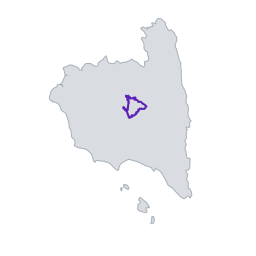 Madrid on a map of Spain (Robinson projection), rotated 76°
{"feature_id": "ESP-5833", "entity_name": "Madrid", "entity_type": "Autonomous Community", "adm_level": 1, "iso_a3": "ESP", "parent_name": "Spain", "parent_adm1": "", "projection": "robinson", "projection_center": [-3.775, 40.528], "detail": "fine", "context": "in_parent", "style": "outline", "palette": "violet", "viewbox_px": 256, "rotation_deg": 76, "n_neighbors": 0, "source": "natural_earth", "source_scale": "10m", "svg_char_len": 7206}
<svg xmlns="http://www.w3.org/2000/svg" viewBox="0 0 256 256"><g transform="rotate(76 128 128)"><path d="M136.5,65.1L136.6,65.7L137.7,66.9L141.2,67.6L142.1,68.1L141.9,69.7L141.1,71.1L141.9,71.7L142.7,71.7L143.7,70.6L143.9,71.3L145.5,72.0L149.0,73.3L151.5,73.4L154.1,75.9L158.2,75.5L162.0,77.9L165.5,77.4L166.3,77.8L171.7,77.9L172.0,75.9L172.6,75.1L182.1,77.9L183.3,79.6L183.1,80.4L183.7,82.4L184.9,82.3L187.4,81.2L190.6,82.6L191.5,83.8L192.2,83.9L194.6,82.7L201.1,84.1L201.4,83.2L201.8,82.9L204.5,82.1L205.7,81.9L209.2,82.5L209.6,83.6L210.4,84.1L210.7,85.0L208.6,85.6L208.5,87.3L209.8,88.7L210.0,91.2L206.6,94.3L196.6,99.7L193.4,102.9L185.9,104.5L178.2,106.9L173.6,111.2L174.8,111.5L176.2,113.0L175.8,113.6L173.8,114.6L172.0,114.9L168.7,120.2L164.1,125.6L162.4,128.1L158.7,134.5L158.7,136.3L160.6,142.7L161.7,144.4L163.2,145.8L166.0,147.0L166.7,148.1L165.8,149.3L163.0,151.3L158.2,154.0L156.2,156.1L155.7,158.1L154.3,159.1L153.8,161.9L151.9,165.9L151.8,167.0L153.3,168.4L151.8,169.3L144.3,169.7L139.7,172.8L137.4,175.6L135.3,180.7L132.8,183.8L131.7,184.3L129.9,183.0L127.7,182.8L125.6,183.2L124.5,184.3L122.7,184.9L121.0,184.4L117.3,184.1L115.7,184.2L113.1,185.0L110.9,184.4L107.2,184.1L99.2,184.8L98.2,185.1L94.6,188.6L90.7,188.7L87.2,190.1L84.8,193.5L84.3,195.3L83.6,194.9L83.1,195.0L82.8,196.4L80.4,197.3L77.6,196.1L75.4,194.5L74.2,194.3L72.3,191.7L71.4,190.1L70.9,188.3L70.8,187.0L69.1,186.3L68.7,184.6L70.0,182.5L71.7,181.3L70.1,181.4L69.0,182.8L67.6,180.6L61.8,176.3L62.1,174.7L61.1,175.9L60.4,176.2L57.5,176.0L54.0,176.5L52.7,169.2L53.6,166.7L57.5,161.7L59.9,161.0L60.9,158.4L58.7,158.5L55.3,153.6L56.2,148.9L59.8,145.5L60.4,144.1L60.5,142.8L59.9,141.9L57.9,141.4L56.0,137.7L55.6,135.5L54.0,134.2L52.7,131.9L53.9,131.6L58.9,131.6L60.1,131.0L61.0,129.5L62.0,127.0L62.2,125.5L60.3,123.3L60.2,122.8L60.5,122.1L63.5,119.7L63.0,117.9L63.5,114.2L63.3,112.0L63.0,110.2L62.0,107.9L62.7,106.9L64.2,106.1L65.5,104.2L67.3,102.6L69.7,101.3L72.5,98.5L72.1,97.3L71.2,96.6L67.8,96.0L67.5,95.5L67.6,92.4L66.7,91.2L65.5,91.4L63.6,90.8L63.1,91.2L60.7,91.1L59.1,90.5L58.4,91.0L58.1,92.1L55.3,93.2L53.7,93.1L51.1,92.2L48.1,92.5L47.8,92.3L45.2,93.5L44.4,93.5L43.4,92.0L44.8,89.9L43.6,87.8L42.9,87.7L38.1,89.2L35.4,91.2L34.3,91.5L33.9,91.1L33.8,88.3L36.8,85.3L35.0,85.1L35.1,84.2L36.2,82.8L35.1,81.8L35.2,78.8L32.6,79.7L31.9,79.6L31.9,78.4L33.6,76.0L31.9,75.7L30.7,74.8L29.2,72.8L29.2,71.7L30.1,69.3L32.3,68.1L34.5,66.4L37.5,66.7L42.0,65.3L43.6,64.5L43.6,63.5L43.1,62.7L43.5,62.0L47.2,60.0L49.4,59.8L51.6,58.7L53.1,59.4L54.4,59.2L55.9,60.0L57.8,61.8L60.7,62.5L63.0,61.9L74.9,61.8L78.2,60.9L80.8,62.0L85.8,62.5L88.9,63.4L97.2,65.0L100.3,65.0L106.4,63.5L108.0,63.8L110.5,63.1L111.6,63.3L113.2,64.3L118.5,65.7L119.9,64.5L121.0,64.3L124.8,65.0L128.7,66.5L130.8,66.6L133.7,66.2L136.5,65.1ZM209.7,129.6L211.1,130.2L212.6,129.7L213.4,129.8L214.2,130.1L214.4,131.3L211.3,136.9L208.9,138.4L206.3,137.2L204.8,136.9L204.3,136.4L204.0,134.6L203.3,134.1L202.3,133.8L200.3,135.2L199.7,134.3L198.8,134.1L198.4,133.5L198.4,132.8L204.4,128.5L206.1,127.5L209.8,126.4L210.4,126.5L209.9,127.2L210.4,127.8L209.7,129.6ZM226.8,127.3L226.3,128.9L221.7,126.8L220.2,126.6L219.8,126.3L220.0,124.7L223.0,124.5L225.4,125.3L226.8,127.3ZM185.0,145.3L184.5,146.4L182.3,146.0L181.8,145.5L182.2,144.3L182.9,144.1L182.9,143.3L183.5,142.4L186.7,141.6L187.4,142.2L187.6,143.1L185.7,145.0L185.0,145.3ZM187.3,149.7L187.0,149.9L184.5,149.7L184.5,149.0L184.9,148.0L185.9,149.0L187.3,149.2L187.3,149.7Z" fill="#d9dde1" stroke="#a8b0b8" stroke-width="1"/><path d="M118.3,123.0L118.2,123.0L118.2,123.4L118.2,123.5L118.3,123.6L118.4,123.8L118.5,124.0L118.4,124.2L118.2,124.4L118.0,124.5L117.7,124.6L117.0,124.7L116.9,124.4L116.6,124.3L116.0,124.5L115.2,124.9L114.6,125.0L114.4,125.0L114.2,125.0L113.9,124.8L113.4,125.0L112.0,125.0L111.8,125.1L111.7,125.3L111.5,125.5L110.9,125.6L110.7,125.7L110.6,125.8L110.3,125.9L110.1,126.0L110.1,126.3L109.9,126.5L109.6,126.6L109.3,126.7L109.1,126.8L108.9,126.8L108.7,126.9L108.5,127.0L108.4,127.2L108.1,127.4L107.8,127.6L107.7,127.7L107.5,127.8L107.3,127.7L106.8,127.4L106.6,127.3L106.6,127.2L106.9,127.0L107.8,126.7L108.0,126.7L108.3,126.4L108.6,126.2L108.9,126.0L109.5,125.4L109.7,125.2L109.8,125.2L110.0,125.1L110.2,124.8L110.3,124.8L110.4,124.4L110.4,124.1L110.4,123.9L110.2,123.8L109.5,123.5L109.2,123.5L109.0,123.4L108.8,123.4L108.4,123.4L108.2,123.4L107.8,123.0L107.7,122.9L107.4,122.9L107.2,122.9L107.0,122.7L106.9,122.6L106.2,122.4L105.7,122.2L104.9,122.0L104.7,121.9L104.5,121.7L104.4,121.5L104.3,121.4L104.2,121.4L103.9,121.2L103.6,121.3L103.3,121.5L103.0,121.4L102.8,121.4L102.4,121.0L102.3,120.9L102.2,120.8L101.7,121.0L101.3,121.0L101.1,121.2L101.0,121.3L100.9,121.4L100.8,121.6L100.7,121.7L100.5,121.9L100.4,121.9L100.2,121.7L99.8,121.5L99.7,121.4L99.6,121.2L99.6,120.9L99.6,120.6L99.5,120.4L99.4,120.4L99.1,120.6L98.9,120.9L98.5,121.3L98.4,121.4L98.3,121.6L98.1,121.7L97.6,121.9L97.4,122.0L97.2,122.2L97.1,122.3L96.9,122.3L96.7,122.3L96.3,122.1L96.5,121.8L96.7,121.2L96.8,120.8L96.9,120.7L97.0,120.6L96.9,120.4L96.9,120.2L96.8,119.9L97.0,119.8L97.3,120.1L97.7,120.2L97.8,120.1L98.0,120.0L98.1,119.9L98.3,119.6L98.3,119.4L98.4,119.2L98.4,118.9L98.5,118.8L98.6,118.7L98.8,118.6L99.1,118.6L99.3,118.6L99.8,118.5L100.0,118.5L100.0,118.4L99.9,118.1L100.0,117.7L100.1,117.4L100.1,117.2L100.1,116.9L100.1,116.7L100.1,116.3L100.1,116.1L100.3,115.9L100.5,115.7L100.6,115.4L100.6,115.2L100.5,114.9L100.5,114.7L100.8,114.9L100.9,115.0L101.1,115.1L101.5,115.0L101.7,114.9L101.9,114.9L102.0,114.9L102.2,114.7L102.2,114.3L102.3,114.1L102.3,113.9L102.4,113.6L102.8,113.0L102.8,112.9L103.4,112.1L103.6,112.0L103.9,111.9L104.0,111.9L104.3,111.9L104.5,111.9L104.8,111.9L105.0,111.8L105.0,111.6L105.2,111.3L105.2,111.1L105.2,110.9L105.3,110.7L105.4,110.4L105.5,110.3L105.5,110.1L105.4,109.9L105.5,109.7L105.7,109.3L105.9,109.1L106.0,108.9L106.3,108.6L107.6,108.2L107.8,108.1L108.0,107.8L108.1,107.6L108.3,107.2L108.5,107.1L108.7,106.9L109.3,106.5L109.6,106.2L109.9,105.9L110.0,105.8L110.1,105.7L110.7,105.3L111.4,105.1L111.4,105.4L112.0,106.0L112.3,106.3L112.7,106.6L112.8,106.6L113.0,106.6L113.1,107.2L113.3,107.8L113.4,108.0L113.2,108.4L113.1,108.6L113.0,109.1L112.9,109.2L112.8,109.4L112.8,109.5L112.7,109.7L112.7,109.8L112.8,110.0L112.7,110.2L112.7,110.3L112.5,110.5L112.4,110.5L112.4,111.1L112.3,111.4L112.2,111.5L112.1,111.8L112.6,112.0L112.8,112.3L112.9,112.7L112.9,112.8L112.9,113.0L112.7,113.3L112.6,113.5L112.8,113.7L112.9,113.8L113.0,113.8L113.2,113.7L113.4,113.8L113.5,113.7L113.8,113.8L114.0,114.1L114.2,114.3L114.3,114.4L114.5,114.3L114.6,114.7L114.6,115.2L114.7,115.3L114.7,115.5L114.9,115.5L115.1,115.7L115.1,115.8L115.1,116.0L115.1,116.3L115.3,116.3L115.5,116.2L115.8,116.2L115.9,116.3L116.1,116.4L116.4,116.7L116.4,116.8L116.4,117.0L116.5,117.3L116.4,117.8L116.5,117.9L116.6,118.0L116.9,118.1L117.1,118.3L117.3,118.6L117.3,118.8L117.3,119.0L117.3,119.3L117.2,119.5L117.2,119.8L116.9,120.1L116.8,120.3L116.7,120.5L116.7,120.8L116.6,121.0L116.7,121.4L116.8,121.5L117.0,121.4L117.2,121.2L117.5,120.9L117.9,121.0L118.0,121.3L118.1,121.6L118.2,121.8L118.2,122.0L118.2,122.3L118.3,123.0ZM100.7,113.5L100.9,114.0L100.0,114.1L100.1,113.7L100.4,113.4L100.7,113.5Z" fill="none" stroke="#5b21b6" stroke-width="2"/></g></svg>